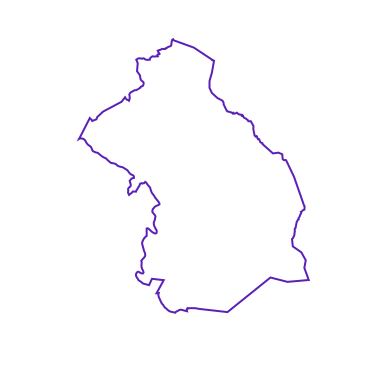 Santa Cruz Zenzontepec, Oaxaca, Mexico (Equal Earth projection), rotated 324°
{"feature_id": "50627088B62885072459196", "entity_name": "Santa Cruz Zenzontepec", "entity_type": "district", "adm_level": 2, "iso_a3": "MEX", "parent_name": "Mexico", "parent_adm1": "Oaxaca", "projection": "equal_earth", "projection_center": [-97.511, 16.47], "detail": "fine", "context": "isolated", "style": "outline", "palette": "violet", "viewbox_px": 384, "rotation_deg": 324, "n_neighbors": 0, "source": "geoboundaries", "source_scale": "gbopen_adm2", "svg_char_len": 5992}
<svg xmlns="http://www.w3.org/2000/svg" viewBox="0 0 384 384"><g transform="rotate(324 192 192)"><path d="M286.1,97.0L278.8,77.4L278.2,76.0L267.0,59.5L266.4,58.4L266.5,57.3L265.6,57.2L265.0,57.5L264.2,58.2L262.8,59.6L262.1,60.5L261.3,61.1L260.8,61.4L259.1,61.0L257.3,60.5L256.3,60.7L255.1,60.2L254.5,60.6L253.4,59.9L252.7,59.2L251.8,58.6L250.6,58.5L250.0,58.4L249.3,58.0L247.3,57.5L247.1,58.3L247.0,61.2L246.6,61.3L246.2,60.9L245.5,60.6L244.7,60.7L244.3,61.3L244.2,62.1L243.6,62.0L243.2,61.4L241.5,60.5L240.8,60.0L240.3,59.5L239.9,59.1L239.2,58.9L238.2,59.0L237.0,59.1L236.3,59.5L235.6,60.2L234.7,59.5L233.9,59.2L233.5,58.7L232.9,58.3L232.2,57.3L231.8,56.7L231.8,55.9L231.2,55.2L230.2,55.0L229.7,54.6L228.8,53.5L227.4,52.5L226.7,52.3L224.7,52.2L223.8,55.9L218.5,62.0L218.5,63.7L218.5,66.2L218.4,67.2L218.0,68.0L217.6,68.4L217.3,69.3L216.6,70.8L216.6,71.7L216.7,72.6L217.2,74.1L217.1,75.2L216.5,75.9L215.8,76.6L214.9,77.2L214.1,77.2L212.4,76.7L211.4,77.3L210.8,77.2L208.0,77.0L206.7,76.8L205.4,75.9L204.1,75.8L202.7,75.7L201.8,75.4L201.1,75.4L199.9,75.6L199.1,76.0L198.4,76.5L197.9,77.7L197.4,78.5L196.5,79.7L195.7,80.5L194.6,81.1L194.4,80.1L193.7,79.2L193.4,78.2L193.4,77.1L193.5,76.0L188.0,77.6L168.9,74.9L167.1,74.7L161.0,75.5L159.6,75.6L157.4,77.0L153.0,75.9L153.2,74.8L153.0,73.6L152.8,72.1L138.8,79.2L131.9,82.7L133.0,82.8L132.9,82.8L134.2,83.9L135.1,84.8L135.5,85.6L135.9,87.5L135.6,89.5L135.5,90.8L135.6,92.1L135.9,93.5L136.4,94.6L136.7,96.1L136.5,97.6L135.9,99.6L135.9,100.8L137.4,103.4L138.2,104.3L138.9,105.2L139.2,106.8L140.2,110.4L141.0,112.2L141.7,113.5L142.3,114.4L142.3,115.7L142.7,117.5L143.1,119.0L143.4,120.6L145.3,122.7L146.1,123.5L146.9,124.9L147.1,126.6L147.9,128.2L149.2,129.8L150.5,131.3L152.0,135.0L152.6,136.5L152.5,138.4L152.6,140.2L152.9,141.7L153.4,142.6L154.1,143.6L154.2,145.1L153.3,146.5L152.5,146.1L151.3,145.7L150.0,145.8L149.1,146.1L148.1,146.4L147.7,147.5L147.4,148.4L147.1,149.4L146.7,150.1L145.8,151.1L144.8,151.4L143.8,151.3L142.5,151.7L141.7,152.5L141.2,153.5L140.0,154.7L139.6,156.0L139.4,157.4L140.8,157.2L141.7,157.3L143.4,157.1L144.4,156.8L146.9,158.8L148.0,158.0L148.8,157.8L149.8,157.3L152.0,156.4L152.9,156.0L153.9,155.6L154.4,155.0L155.1,154.9L156.3,155.1L156.6,155.7L157.1,156.2L157.7,156.2L158.4,156.7L159.1,156.5L160.0,156.3L160.5,157.5L160.4,158.9L160.4,160.6L160.7,164.0L160.2,164.9L160.0,165.5L159.8,166.4L159.4,167.4L159.3,168.0L159.1,168.8L159.0,169.8L159.1,171.4L159.1,172.2L159.1,173.0L159.0,173.8L158.9,175.7L159.0,176.9L159.1,178.9L159.1,179.7L159.1,181.5L158.9,182.0L158.7,182.5L158.5,182.8L157.8,182.8L157.0,182.8L156.2,182.6L155.6,182.4L154.8,182.2L154.1,182.2L153.5,182.1L152.9,182.1L152.4,182.3L151.8,182.4L151.3,182.7L150.5,182.7L150.0,182.9L149.7,183.3L148.8,184.0L148.2,184.9L148.2,185.6L148.2,186.5L148.3,187.6L148.3,188.2L148.4,188.6L148.2,190.2L147.5,190.8L146.6,191.6L146.0,192.4L144.0,193.6L143.0,194.4L141.9,196.1L141.3,198.2L141.0,199.9L140.9,201.7L140.5,202.9L139.6,204.0L138.9,204.3L138.3,204.3L137.8,203.9L137.3,203.2L136.8,202.3L136.4,201.2L136.1,200.4L135.9,199.3L135.6,197.9L135.4,196.7L135.0,195.5L134.5,195.1L133.8,194.9L133.3,195.6L132.1,197.3L131.4,198.4L130.5,199.5L129.7,200.7L129.1,201.0L128.3,200.8L127.2,201.1L125.5,201.5L124.3,202.1L123.5,202.5L122.1,203.5L121.7,203.9L121.0,205.1L118.7,211.2L118.0,214.0L116.8,216.0L116.0,216.5L113.8,217.1L112.3,217.3L110.4,218.0L110.1,219.0L109.5,219.9L108.0,221.7L107.0,223.2L106.7,224.2L106.4,225.1L106.1,227.3L105.7,228.1L105.5,228.6L104.7,229.1L103.8,228.6L103.3,228.1L102.8,227.3L102.4,226.3L102.0,225.2L101.2,224.7L100.1,224.7L99.0,225.2L98.4,225.5L97.6,226.7L97.4,227.2L97.2,228.2L97.1,229.3L97.1,230.4L96.9,231.8L97.1,232.5L98.0,234.8L98.6,237.3L102.5,242.1L108.6,238.7L117.3,246.7L103.8,253.1L105.7,254.2L105.3,254.5L104.8,254.8L104.4,255.3L104.2,255.7L103.9,256.1L103.6,256.9L103.4,257.4L103.3,258.0L103.0,259.2L102.8,260.6L102.4,262.0L102.4,262.9L102.1,263.5L102.2,264.0L102.1,264.4L102.1,264.7L102.1,265.1L102.2,265.4L102.2,265.7L102.3,266.4L102.3,266.9L102.2,267.3L102.2,267.8L102.1,268.9L102.1,269.3L102.3,270.0L102.6,270.9L102.7,271.5L102.8,271.7L102.9,272.6L102.9,273.0L103.2,273.6L103.4,274.5L103.6,274.8L103.6,275.0L103.9,275.4L104.0,275.7L104.1,276.0L104.6,276.4L105.0,276.9L105.6,277.7L106.2,278.3L106.4,278.5L106.7,278.7L107.2,279.6L107.4,279.8L108.6,279.5L109.1,279.6L112.6,280.1L113.9,280.7L117.9,285.6L118.2,285.0L118.5,284.1L119.1,283.7L119.8,283.4L120.5,283.4L120.9,284.3L121.2,284.3L122.7,285.2L126.7,288.2L128.2,289.9L130.3,291.9L150.1,310.0L205.2,307.3L216.4,320.8L234.7,331.8L238.3,319.4L243.9,314.1L245.0,305.1L241.6,295.3L245.2,288.9L246.7,288.6L247.2,288.2L248.7,287.6L249.4,287.0L250.1,286.4L250.6,285.6L251.1,285.2L251.6,284.7L252.1,284.3L252.4,283.6L252.8,283.1L252.9,282.8L253.2,282.6L253.6,282.2L253.8,282.0L254.6,282.0L258.6,278.2L259.0,277.8L259.5,277.8L259.8,277.7L260.4,277.1L260.8,277.0L261.3,276.7L262.0,276.5L262.3,276.7L262.8,275.8L263.9,275.5L264.5,275.2L265.1,274.8L265.7,274.4L266.1,274.1L266.5,273.8L267.6,273.5L268.2,273.0L268.4,272.1L269.5,272.2L270.9,272.0L271.6,272.1L272.6,272.3L273.4,271.4L274.7,269.7L274.7,269.2L274.7,268.8L283.5,239.6L286.8,221.6L286.5,221.1L285.6,220.7L284.9,219.8L284.7,218.7L285.3,217.8L285.5,217.3L286.3,216.1L286.8,215.0L287.1,214.8L287.1,214.2L285.5,211.8L285.3,211.2L285.1,211.0L280.2,208.4L277.2,194.7L277.7,194.0L276.6,192.1L277.3,188.6L276.5,188.1L276.6,186.6L277.1,185.8L277.1,184.7L276.0,184.5L275.9,183.0L278.5,177.3L280.5,174.7L281.2,169.4L279.4,168.0L279.2,167.9L279.2,167.7L279.4,166.6L279.2,166.3L278.9,164.7L277.8,162.5L277.8,161.4L277.7,160.7L277.3,160.1L278.1,159.9L277.9,159.0L277.5,158.6L277.1,158.5L276.4,157.7L276.3,157.3L275.5,156.7L274.9,154.2L273.6,154.0L272.0,153.4L272.0,152.3L271.1,152.4L270.8,151.0L268.6,148.3L267.9,147.4L268.1,147.1L267.9,146.4L269.1,139.7L270.1,138.2L270.3,135.9L267.8,130.9L266.3,123.5L266.7,121.5L267.4,118.0L271.2,112.8L272.4,111.7L278.2,107.2L287.0,98.7L285.9,97.1L286.1,97.0Z" fill="none" stroke="#5b21b6" stroke-width="2"/></g></svg>